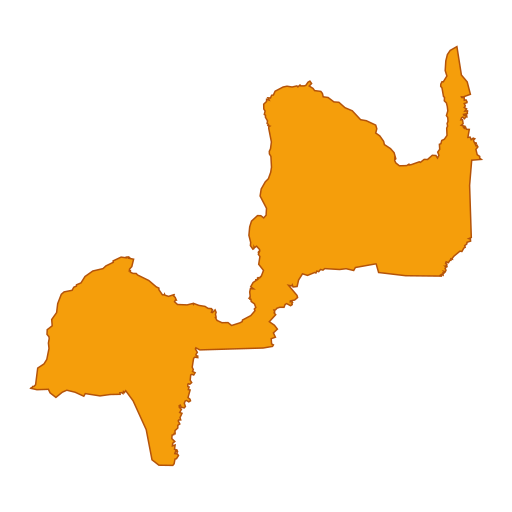 outline of Misamis Oriental, Misamis Oriental, Philippines
{"feature_id": "2640588B53733148454792", "entity_name": "Misamis Oriental", "entity_type": "district", "adm_level": 2, "iso_a3": "PHL", "parent_name": "Philippines", "parent_adm1": "Misamis Oriental", "projection": "mercator", "projection_center": [124.765, 8.627], "detail": "fine", "context": "isolated", "style": "filled", "palette": "amber", "viewbox_px": 512, "rotation_deg": 0, "n_neighbors": 0, "source": "geoboundaries", "source_scale": "gbopen_adm2", "svg_char_len": 6036}
<svg xmlns="http://www.w3.org/2000/svg" viewBox="0 0 512 512"><path d="M456.9,46.6L450.2,50.4L447.4,54.5L445.8,60.9L445.2,70.6L446.9,76.0L443.3,81.8L442.0,81.7L440.8,84.1L440.7,86.3L442.0,88.0L443.5,96.5L444.5,97.4L444.3,100.8L446.4,102.9L447.3,106.6L447.8,110.9L446.4,115.6L447.7,117.4L448.0,121.3L447.1,123.5L447.6,126.1L446.7,128.1L447.0,135.4L444.4,139.2L441.7,140.5L440.9,143.7L439.4,144.3L439.7,149.3L437.7,152.1L438.9,155.3L437.5,158.0L435.9,155.5L432.3,155.3L427.5,159.5L424.2,159.4L420.3,162.4L419.3,161.8L411.4,164.6L409.2,165.0L408.9,164.2L406.7,165.6L399.4,165.8L395.9,163.0L394.7,160.7L394.8,158.2L395.5,159.1L395.8,158.8L394.1,152.7L390.5,148.6L384.4,144.6L383.6,141.3L379.8,135.9L375.7,133.0L376.8,128.8L375.7,125.1L366.3,120.7L360.6,119.7L352.3,110.8L345.0,107.7L338.9,102.3L333.9,101.9L328.1,97.5L323.2,96.8L322.4,93.4L320.8,91.4L314.6,90.6L313.0,88.4L309.2,86.0L311.6,83.5L309.9,81.1L308.0,82.2L305.8,85.4L304.2,85.9L300.7,85.9L300.0,85.0L297.9,86.9L296.9,85.9L292.1,87.0L287.0,86.2L283.1,87.0L275.1,91.2L273.4,95.0L271.6,95.3L270.5,98.0L267.9,97.8L269.1,100.1L266.6,99.3L266.5,101.5L263.7,104.2L263.8,109.0L265.1,111.0L264.3,114.5L265.5,115.2L265.4,117.2L267.5,120.9L267.1,123.5L268.4,124.4L267.9,125.5L269.8,126.1L268.8,126.7L268.7,128.2L271.4,142.0L270.5,148.8L269.3,151.3L269.4,153.9L270.9,156.4L271.5,167.2L270.7,172.3L268.4,178.7L265.3,181.8L261.2,189.0L260.1,196.0L266.5,208.3L266.1,215.2L263.7,217.9L260.8,215.7L257.5,215.6L251.5,221.1L249.7,226.8L248.9,235.3L250.7,242.5L250.4,245.6L252.9,249.2L253.9,248.6L254.0,246.9L254.4,247.7L256.6,246.2L259.5,249.4L259.8,251.0L259.0,252.1L258.7,251.7L258.4,252.1L259.1,252.4L258.3,254.2L259.9,256.5L258.7,264.3L263.5,270.4L261.3,276.2L260.6,276.9L259.9,276.2L260.6,276.9L259.7,277.9L258.0,277.6L257.0,278.5L258.3,278.2L257.0,279.9L256.0,279.7L255.1,279.8L257.0,279.9L253.1,282.5L250.7,286.8L253.5,288.8L250.4,288.7L249.7,292.0L250.2,296.3L249.3,297.9L250.0,297.7L249.9,299.2L250.9,299.3L251.2,301.5L254.4,303.8L255.8,307.5L254.3,309.0L255.0,310.7L250.8,315.6L242.5,320.0L242.2,321.6L240.0,322.8L231.6,325.5L228.0,322.6L221.9,322.7L217.0,320.4L215.4,317.5L216.1,317.2L215.5,314.3L216.1,312.3L215.1,309.9L212.4,312.6L211.4,312.3L212.7,309.1L211.9,309.8L211.4,308.6L208.1,308.4L205.0,306.4L198.9,305.4L193.6,303.4L193.4,304.3L192.7,303.5L187.1,304.9L177.5,304.5L174.5,301.7L175.5,300.0L176.3,300.1L175.2,297.4L173.0,295.3L173.9,295.1L174.7,294.4L168.5,296.4L164.8,295.1L164.5,294.2L164.2,294.9L162.4,294.8L158.9,289.7L158.9,288.1L156.3,286.9L148.8,280.5L137.6,275.0L136.2,273.5L132.9,273.4L130.3,272.1L130.4,270.7L129.3,270.9L129.6,269.0L131.8,266.6L133.6,259.2L127.6,258.0L129.8,257.9L128.7,256.9L126.2,257.1L126.2,257.8L121.1,257.1L113.1,260.9L113.3,262.3L105.9,265.9L103.0,268.6L92.8,271.0L85.0,276.5L81.0,282.9L76.5,284.8L76.4,286.1L73.8,287.2L72.1,290.3L64.1,291.9L61.3,294.3L57.7,303.6L56.6,312.6L51.7,319.5L52.2,325.8L47.2,329.7L47.0,334.4L48.9,336.7L49.2,338.5L48.4,343.1L49.0,348.4L46.8,359.4L44.0,363.9L37.7,368.1L35.6,384.7L34.1,386.3L32.6,386.5L32.4,387.4L31.1,387.8L30.7,388.3L36.9,389.7L48.4,389.3L50.1,392.9L55.9,397.4L62.3,392.2L66.8,390.2L75.0,392.2L83.8,396.2L85.3,393.6L100.0,395.9L110.2,394.5L120.1,394.3L119.8,392.8L121.6,392.6L123.0,393.6L123.4,391.6L124.4,392.6L125.7,390.7L133.1,400.8L146.2,429.6L152.0,459.8L158.9,465.2L172.8,465.4L174.1,463.8L175.0,459.1L176.5,458.7L178.5,455.5L177.4,454.0L174.8,453.6L175.8,450.8L177.1,452.4L177.6,451.7L176.9,449.9L174.5,449.3L175.1,445.0L172.4,445.9L172.7,443.2L174.8,441.5L171.8,438.6L172.1,435.1L173.9,434.6L174.1,433.5L175.1,433.7L175.0,430.6L177.8,428.0L177.8,425.3L179.8,424.0L178.2,420.9L178.7,420.0L180.7,419.9L180.0,417.6L182.0,413.3L179.7,412.5L181.4,409.4L179.3,407.3L179.2,405.6L180.3,405.1L181.1,407.2L184.2,407.9L185.4,406.5L184.3,403.2L185.2,401.0L186.6,400.5L188.8,401.9L190.5,400.8L190.0,399.2L188.0,397.6L190.1,390.0L188.3,389.6L189.1,387.0L187.8,386.6L187.8,384.4L188.3,383.7L189.8,384.2L191.7,382.6L190.2,380.2L190.7,375.0L191.9,374.3L193.7,375.0L195.1,372.7L192.5,371.5L193.3,369.6L192.2,367.2L193.6,358.4L194.7,357.2L197.8,357.6L197.7,356.0L196.3,355.8L195.9,354.6L197.3,352.3L195.4,348.9L195.9,347.8L199.8,349.9L263.3,348.0L272.5,346.4L273.4,344.9L271.6,343.9L271.2,338.7L275.4,337.2L273.4,332.9L277.4,329.1L274.4,325.2L269.3,321.7L275.7,314.7L274.1,312.9L274.8,312.0L273.9,310.0L275.4,310.0L277.0,308.2L279.7,307.3L284.0,307.3L285.1,304.5L286.6,303.6L290.6,305.7L292.2,304.6L291.9,303.3L292.6,302.6L291.9,301.4L290.3,301.8L290.4,300.9L294.7,300.0L297.6,297.5L297.0,295.4L288.5,285.3L291.8,285.9L292.3,284.9L293.1,287.0L297.1,286.5L298.6,280.0L302.5,273.8L307.5,275.4L314.6,272.5L315.9,273.0L316.8,271.1L318.7,271.7L320.5,269.5L323.0,270.1L324.7,268.6L339.6,269.5L346.1,268.7L353.7,270.5L355.4,267.5L375.5,263.9L376.2,264.0L378.6,272.5L405.6,275.7L440.7,276.1L440.1,275.4L441.3,274.5L441.7,275.5L442.4,274.5L443.1,275.0L443.0,272.8L443.9,273.2L444.7,272.2L444.1,271.5L445.2,271.9L446.0,270.2L445.1,268.3L446.2,267.1L445.3,266.3L447.0,266.5L446.8,265.6L445.9,265.8L446.9,264.2L445.6,263.3L446.2,261.8L448.4,262.7L449.9,260.3L450.9,260.3L450.9,258.8L452.4,259.2L452.2,258.3L454.1,256.0L459.9,251.2L461.9,251.5L463.9,248.0L465.2,247.3L464.7,245.6L466.8,244.0L467.0,242.3L470.6,241.1L470.4,239.1L468.8,238.6L471.3,237.5L469.6,185.4L471.7,160.2L481.3,159.4L479.7,158.1L479.7,156.4L477.2,154.7L475.9,149.4L477.9,146.9L477.0,145.3L476.1,145.9L475.2,144.0L476.3,143.7L476.1,142.9L474.5,142.7L473.8,141.3L473.5,140.0L474.8,138.8L473.2,138.1L471.2,139.7L470.1,137.1L467.9,137.4L469.3,129.4L466.4,129.3L465.7,127.5L464.4,128.4L463.7,127.5L465.1,127.5L465.0,126.3L461.2,125.3L463.1,123.7L462.5,119.7L460.8,119.8L461.6,117.7L462.6,117.1L464.5,118.7L465.8,116.9L466.9,116.9L466.6,115.2L464.0,115.5L463.5,114.4L467.4,113.5L467.2,111.2L468.2,110.8L464.9,111.1L466.6,108.9L464.2,107.5L465.3,105.9L464.2,103.5L466.9,102.7L467.1,101.9L466.0,99.9L464.3,100.3L464.2,97.7L461.6,97.5L461.4,96.8L463.3,96.9L470.4,94.3L467.2,81.9L461.4,75.0L456.9,46.6Z" fill="#f59e0b" stroke="#b45309" stroke-width="1.5"/></svg>